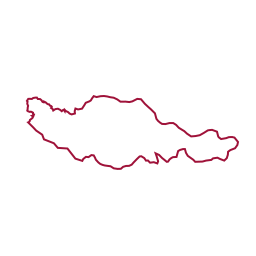 Vavla, Larnaca, Cyprus (Albers equal-area conic projection), rotated 313°
{"feature_id": "46923920B22137462845739", "entity_name": "Vavla", "entity_type": "district", "adm_level": 2, "iso_a3": "CYP", "parent_name": "Cyprus", "parent_adm1": "Larnaca", "projection": "albers", "projection_center": [33.273, 34.838], "detail": "fine", "context": "isolated", "style": "outline", "palette": "rose", "viewbox_px": 256, "rotation_deg": 313, "n_neighbors": 0, "source": "geoboundaries", "source_scale": "gbopen_adm2", "svg_char_len": 2257}
<svg xmlns="http://www.w3.org/2000/svg" viewBox="0 0 256 256"><g transform="rotate(313 128 128)"><path d="M64.0,51.2L63.8,58.1L63.5,62.6L64.6,69.8L62.4,74.3L66.3,84.2L65.6,90.2L71.7,97.7L69.7,110.4L72.8,117.0L74.8,116.4L78.2,116.9L79.8,119.0L83.2,119.7L84.6,121.6L83.8,124.1L82.9,126.1L82.6,129.8L82.8,132.2L83.7,134.6L84.7,136.5L86.1,138.5L88.1,141.3L88.8,145.1L91.0,148.3L93.3,150.6L96.3,150.9L99.0,152.5L101.0,154.6L103.7,155.7L106.6,155.6L111.5,155.7L115.1,155.9L116.4,157.0L117.1,160.4L116.4,163.4L117.8,164.7L117.7,167.8L120.6,170.2L122.1,173.6L124.2,172.7L126.8,168.3L128.3,165.5L129.5,169.1L129.3,173.5L129.5,175.9L129.7,179.4L130.7,180.2L133.4,179.8L135.8,180.2L137.4,180.8L139.9,183.2L145.3,180.4L147.4,181.0L150.1,182.6L151.4,184.0L149.4,187.3L148.4,190.7L149.3,197.4L149.1,200.2L154.3,205.4L157.4,207.3L161.5,210.7L163.8,210.9L167.3,213.7L167.6,214.7L168.1,216.4L169.8,220.6L173.3,220.8L176.5,219.3L178.9,217.4L181.6,217.9L186.2,220.1L190.1,219.6L192.1,218.4L192.8,218.0L193.6,212.4L192.4,210.3L190.1,208.0L188.1,207.0L187.5,206.7L183.4,203.6L183.1,200.7L183.4,199.6L186.0,195.6L184.0,190.8L181.9,188.9L180.7,188.0L176.1,186.8L171.7,185.4L168.2,182.9L164.9,179.9L164.1,175.0L164.1,171.3L163.6,169.0L162.8,165.0L163.1,161.1L162.5,157.8L159.8,154.9L156.4,152.7L154.2,150.1L153.8,147.8L153.7,145.1L154.1,142.5L157.1,137.7L157.3,131.9L157.2,128.9L157.2,123.9L157.9,117.9L155.6,114.9L150.4,113.0L147.9,111.3L145.5,108.1L142.1,104.5L141.6,100.7L140.4,96.9L138.4,94.0L136.9,91.3L135.0,88.6L132.5,86.2L129.2,83.9L127.9,81.2L125.2,81.5L122.8,82.0L121.2,81.6L117.6,79.9L114.9,80.5L110.8,81.2L107.5,78.8L106.4,76.3L104.0,77.5L102.4,79.3L99.5,77.5L98.7,75.4L98.8,73.5L98.0,70.8L98.1,69.6L97.1,70.3L97.5,68.5L96.8,68.2L95.1,68.1L95.0,66.0L94.3,63.6L92.3,62.0L89.8,61.4L90.5,60.0L90.2,58.1L91.5,57.9L91.7,57.0L91.1,55.6L91.5,54.3L90.8,53.2L90.6,52.4L90.6,50.3L90.0,48.4L89.3,48.8L88.8,47.7L89.3,45.7L89.2,44.0L87.7,42.2L88.1,40.6L87.0,39.5L85.3,38.2L83.7,37.9L82.2,36.1L81.3,35.2L78.9,35.6L78.8,36.5L77.0,37.8L76.1,39.8L74.4,40.8L73.4,41.7L72.0,42.5L72.1,43.6L72.8,45.2L73.7,45.8L74.1,46.8L74.4,48.1L73.4,48.9L73.8,50.0L72.3,50.6L71.5,49.8L71.5,50.9L70.0,51.3L67.0,50.8L65.8,51.5L64.4,51.4L64.0,51.2Z" fill="none" stroke="#9f1239" stroke-width="2"/></g></svg>